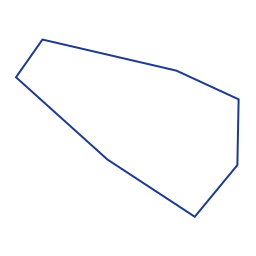 SVG path tracing the border of Salt Cay, rotated 89°
{"feature_id": "TCA-5008", "entity_name": "Salt Cay", "entity_type": "state/province", "adm_level": 1, "iso_a3": "TCA", "parent_name": "Turks and Caicos Islands", "parent_adm1": "", "projection": "orthographic", "projection_center": [-71.208, 21.326], "detail": "fine", "context": "isolated", "style": "outline", "palette": "blue", "viewbox_px": 256, "rotation_deg": 89, "n_neighbors": 0, "source": "natural_earth", "source_scale": "10m", "svg_char_len": 253}
<svg xmlns="http://www.w3.org/2000/svg" viewBox="0 0 256 256"><g transform="rotate(89 128 128)"><path d="M101.3,16.9L167.0,19.3L217.9,62.8L159.1,149.2L75.3,239.1L38.1,212.0L71.5,78.6L101.3,16.9Z" fill="none" stroke="#1e3a8a" stroke-width="2"/></g></svg>